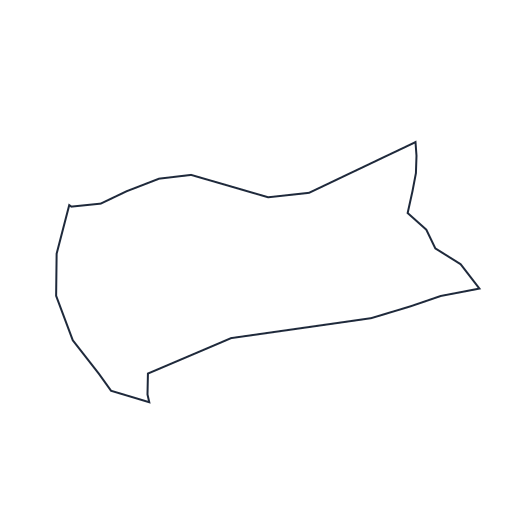 Bunia, Orientale, Democratic Republic of the Congo, rotated 252°
{"feature_id": "63176286B65216379244562", "entity_name": "Bunia", "entity_type": "district", "adm_level": 2, "iso_a3": "COD", "parent_name": "Democratic Republic of the Congo", "parent_adm1": "Orientale", "projection": "equal_earth", "projection_center": [30.259, 1.541], "detail": "fine", "context": "isolated", "style": "outline", "palette": "slate", "viewbox_px": 512, "rotation_deg": 252, "n_neighbors": 0, "source": "geoboundaries", "source_scale": "gbopen_adm2", "svg_char_len": 554}
<svg xmlns="http://www.w3.org/2000/svg" viewBox="0 0 512 512"><g transform="rotate(252 256 256)"><path d="M362.1,94.1L319.8,67.1L279.9,53.6L232.4,55.7L192.5,70.2L172.6,76.5L149.9,109.3L157.8,110.0L177.6,116.9L185.6,207.0L161.3,346.3L160.9,364.6L160.4,387.4L160.9,419.4L156.0,458.4L184.9,448.1L207.8,428.9L228.4,426.1L250.0,413.5L269.2,424.8L285.4,433.7L301.7,439.6L315.1,442.9L314.8,441.2L310.3,406.7L299.7,326.0L308.1,285.7L353.2,219.3L359.5,187.7L357.6,153.2L353.8,124.5L360.0,95.7L362.1,94.1Z" fill="none" stroke="#1e293b" stroke-width="2"/></g></svg>